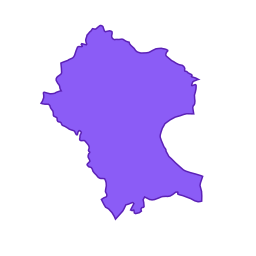 Phu Tho, Phú Thọ, Vietnam, rotated 286°
{"feature_id": "81297802B95846226867008", "entity_name": "Phu Tho", "entity_type": "district", "adm_level": 2, "iso_a3": "VNM", "parent_name": "Vietnam", "parent_adm1": "Phú Thọ", "projection": "albers", "projection_center": [105.237, 21.414], "detail": "fine", "context": "isolated", "style": "filled", "palette": "violet", "viewbox_px": 256, "rotation_deg": 286, "n_neighbors": 0, "source": "geoboundaries", "source_scale": "gbopen_adm2", "svg_char_len": 4159}
<svg xmlns="http://www.w3.org/2000/svg" viewBox="0 0 256 256"><g transform="rotate(286 128 128)"><path d="M214.1,141.6L213.9,139.8L213.8,138.0L212.8,135.3L211.8,133.0L209.4,130.3L207.8,128.7L206.4,127.2L205.3,124.9L204.4,122.2L203.6,119.7L203.6,117.2L203.8,115.6L204.6,113.9L206.2,112.0L208.2,108.0L209.4,106.3L210.5,105.6L210.9,105.2L210.7,104.6L210.9,101.9L211.3,100.6L211.8,99.1L211.8,97.7L210.6,94.9L209.9,92.1L209.2,90.7L209.3,89.5L210.0,88.2L210.9,87.3L212.4,86.8L213.3,86.8L214.4,86.7L216.0,86.2L216.4,85.3L216.4,83.6L214.5,79.9L214.3,79.7L214.7,78.6L216.0,77.7L218.6,75.9L219.0,74.9L219.1,73.6L218.6,72.7L216.5,71.2L214.6,70.0L213.9,69.1L213.9,68.4L213.7,66.5L211.0,65.6L209.9,64.8L207.4,63.7L206.0,63.0L204.6,63.1L201.9,63.0L200.8,63.1L198.8,64.1L198.0,64.7L197.3,65.2L196.6,65.1L196.4,64.1L196.4,61.4L196.3,60.3L195.5,60.0L194.8,60.9L194.0,61.5L193.5,61.2L193.0,59.2L192.7,58.1L191.9,57.2L188.3,56.8L183.2,56.6L181.4,56.2L180.0,55.4L177.5,52.4L176.4,51.5L174.5,48.9L173.0,46.9L171.9,45.6L167.1,47.5L163.9,48.6L163.0,48.9L162.2,48.9L161.2,48.6L159.7,47.5L158.1,46.2L156.9,45.6L155.4,45.4L153.9,45.9L151.4,48.4L150.8,49.4L149.6,50.6L147.0,51.9L145.3,53.6L144.8,52.4L142.5,49.2L141.2,48.0L140.3,46.2L139.4,43.7L139.4,43.0L139.3,40.3L139.3,38.5L139.3,37.7L138.9,37.1L138.3,37.0L136.1,38.0L133.9,38.6L130.1,38.3L127.8,37.6L127.7,38.9L128.0,41.5L128.9,44.8L128.6,45.7L128.1,46.6L126.0,48.0L124.6,49.7L123.7,51.0L121.9,52.0L119.7,52.7L119.0,53.3L118.7,54.8L118.5,56.0L118.0,57.1L115.9,57.8L115.0,58.7L114.8,59.4L114.9,60.7L114.9,61.5L114.6,62.1L113.0,63.5L112.5,64.1L112.1,67.2L111.2,70.5L110.7,71.8L110.5,74.1L110.5,75.5L110.4,76.7L110.1,77.6L109.0,78.5L107.5,80.0L107.3,80.6L107.5,81.1L108.5,81.2L110.0,81.0L111.4,81.5L112.1,81.8L112.1,82.5L111.7,83.3L111.1,84.2L110.7,84.4L109.6,84.3L108.3,84.0L107.1,84.0L105.9,84.4L104.2,84.5L103.3,84.9L102.9,85.7L102.9,86.5L103.2,87.3L103.8,89.0L103.9,89.8L102.1,92.6L100.5,94.8L99.2,95.8L97.9,96.2L96.3,96.1L95.5,96.2L94.9,96.7L94.5,97.7L93.8,98.0L92.2,97.3L90.5,97.3L89.6,97.5L88.9,97.8L87.0,99.6L86.1,100.3L85.4,100.5L82.7,99.1L81.8,98.7L81.0,99.1L79.9,100.9L79.9,102.4L79.8,103.7L78.5,105.1L76.8,106.2L75.4,108.1L74.2,110.3L73.3,111.6L72.4,112.9L72.0,114.3L71.9,115.5L72.4,117.3L72.8,119.3L72.8,119.5L71.2,120.9L69.3,122.1L66.4,123.1L62.3,123.5L60.5,123.9L58.5,125.8L57.1,126.3L56.2,126.2L55.6,125.8L54.3,124.1L52.0,122.1L47.8,126.0L46.4,127.5L45.7,128.3L45.2,130.5L44.8,131.8L42.2,136.0L39.3,139.1L36.9,141.1L46.6,145.8L49.0,146.4L53.5,147.1L55.0,149.5L57.3,152.4L57.6,152.9L57.6,153.4L56.9,154.5L51.6,153.4L49.9,153.1L49.7,154.8L50.5,155.6L50.6,156.3L48.1,157.5L47.8,158.9L49.7,162.2L51.8,163.8L52.9,163.1L54.0,162.8L55.4,163.4L56.0,164.7L56.8,165.1L57.7,164.8L60.6,163.7L63.3,162.3L66.3,163.0L65.6,166.7L65.2,168.7L65.4,169.6L65.5,170.9L66.5,173.2L69.1,176.7L70.9,178.9L71.6,180.1L72.8,183.4L73.1,184.9L74.2,187.2L76.4,189.3L79.4,191.5L80.0,192.9L80.0,193.6L78.3,194.0L78.0,195.5L78.1,199.2L77.4,207.8L76.4,212.3L76.4,215.7L77.1,217.4L78.0,219.0L82.9,217.7L87.3,216.2L88.6,215.4L92.7,213.0L95.4,212.8L102.1,213.1L102.3,211.4L102.4,205.5L102.3,199.9L102.5,195.2L103.0,192.8L104.9,188.8L107.6,183.2L110.4,178.2L111.9,175.1L113.9,173.2L116.0,171.1L117.9,170.2L119.9,167.7L125.1,163.5L127.7,161.7L129.1,161.1L130.8,160.9L132.6,160.9L133.6,160.9L137.4,161.1L139.2,161.6L141.9,162.2L142.3,162.3L144.7,164.1L147.5,166.3L151.5,170.4L154.2,174.8L156.5,178.0L157.9,180.5L159.7,187.3L163.3,185.6L165.5,184.6L167.4,184.6L168.4,185.2L169.7,185.4L172.4,184.9L174.5,184.0L177.9,182.8L181.3,182.8L184.1,182.6L185.6,182.3L187.6,181.8L188.3,181.1L188.2,180.5L187.2,179.1L186.4,178.0L186.4,177.5L187.4,177.3L188.9,177.4L190.2,177.6L191.2,178.4L193.6,181.4L194.1,182.3L194.7,179.3L194.8,176.2L194.7,175.4L195.1,174.8L195.6,175.0L196.4,175.0L196.9,174.2L197.2,172.4L197.6,170.5L198.2,169.5L198.5,168.8L198.4,167.6L198.3,167.2L198.6,166.8L199.4,166.4L200.8,166.2L201.5,165.7L202.3,164.9L202.8,164.0L203.2,162.9L203.0,160.0L203.1,158.7L203.6,156.1L204.4,153.5L204.8,151.4L207.7,145.0L208.4,144.3L209.4,144.0L211.3,144.1L212.8,144.9L213.6,144.8L214.0,143.4L214.1,141.6Z" fill="#8b5cf6" stroke="#5b21b6" stroke-width="1.5"/></g></svg>